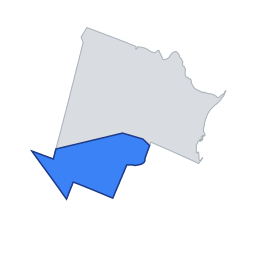 Mauritania, with Tiris Zemmour highlighted, rotated 202°
{"feature_id": "MRT-2783", "entity_name": "Tiris Zemmour", "entity_type": "Region", "adm_level": 1, "iso_a3": "MRT", "parent_name": "Mauritania", "parent_adm1": "", "projection": "albers", "projection_center": [-9.84, 24.319], "detail": "fine", "context": "in_parent", "style": "filled", "palette": "blue", "viewbox_px": 256, "rotation_deg": 202, "n_neighbors": 0, "source": "natural_earth", "source_scale": "10m", "svg_char_len": 4916}
<svg xmlns="http://www.w3.org/2000/svg" viewBox="0 0 256 256"><g transform="rotate(202 128 128)"><path d="M109.7,216.0L109.4,215.9L107.9,214.9L107.2,213.7L106.1,212.7L104.5,212.1L103.5,211.4L103.0,210.6L102.4,210.1L101.8,209.8L101.7,209.5L101.9,209.1L101.7,208.4L100.8,206.8L100.0,206.0L99.2,206.1L98.8,205.9L98.5,205.6L98.5,205.1L98.0,204.6L97.1,204.4L96.4,203.2L95.9,201.0L95.2,199.3L94.4,198.1L93.8,197.6L93.4,197.5L93.2,197.3L93.1,197.0L92.4,196.8L91.5,197.2L90.6,197.0L90.2,196.4L89.7,196.4L88.9,196.8L88.1,196.7L87.3,195.9L86.8,195.1L86.7,194.3L85.2,192.7L82.4,190.4L79.2,189.2L75.7,189.2L73.7,189.0L73.3,188.7L72.9,188.7L72.5,189.1L72.0,189.2L71.5,188.9L71.2,189.1L71.1,189.6L69.8,189.9L67.5,189.8L65.6,190.1L64.1,190.7L62.1,191.0L59.5,190.7L57.9,190.4L57.4,190.0L56.6,189.8L55.7,190.0L54.7,191.1L53.9,193.1L53.2,194.2L52.7,194.5L52.0,196.0L51.6,198.5L51.1,199.6L51.4,193.3L52.3,191.0L52.6,188.9L54.4,184.4L56.5,180.7L58.5,175.8L59.4,171.0L59.4,166.2L59.0,162.0L58.3,159.1L57.6,155.1L56.5,152.9L54.2,150.9L53.8,149.8L54.3,149.4L55.7,149.2L56.7,147.8L54.8,148.2L57.2,143.9L58.0,140.9L58.0,138.9L58.4,137.7L56.9,134.9L55.8,131.5L55.2,130.9L54.5,130.6L54.4,131.4L54.0,132.1L53.2,131.6L51.9,129.1L50.2,125.1L49.5,124.6L48.9,125.1L48.5,125.6L47.7,128.9L47.5,127.6L47.9,126.1L48.5,124.2L49.2,121.5L50.9,121.6L53.9,121.8L60.0,122.1L63.0,122.2L69.1,122.4L72.2,122.5L78.2,122.8L81.3,122.9L87.4,123.1L90.4,123.1L96.5,123.3L99.5,123.4L101.6,123.4L101.5,121.5L101.4,120.0L101.3,118.0L101.3,116.0L101.2,114.0L101.1,112.1L101.0,110.2L101.0,108.5L100.9,106.8L100.8,105.9L100.2,104.1L100.0,103.2L100.2,102.2L100.7,101.3L101.9,99.7L103.7,98.4L105.8,97.0L107.4,95.9L108.2,95.7L110.6,95.3L112.5,94.5L114.4,93.7L115.2,93.3L115.3,91.7L115.9,57.3L124.9,57.4L127.3,57.4L144.0,57.5L146.4,57.5L158.6,57.4L158.5,55.8L158.5,53.5L158.5,50.3L158.5,47.0L158.4,41.4L158.4,39.0L160.8,40.6L165.6,43.7L168.0,45.2L172.8,48.3L177.7,51.4L182.6,54.4L185.0,55.9L187.4,57.5L189.9,59.0L192.3,60.5L197.3,63.5L199.3,64.8L202.5,66.8L205.5,68.7L208.5,70.6L203.9,70.7L197.9,70.9L193.8,71.0L189.6,71.1L185.6,71.2L186.0,74.5L186.5,78.0L186.9,81.6L187.4,85.1L187.9,88.6L189.2,99.2L189.7,102.8L190.2,106.3L190.6,109.8L191.1,113.4L192.0,120.4L192.5,123.9L193.0,127.5L193.4,131.0L193.9,134.5L194.4,138.0L195.4,145.1L195.8,148.6L196.3,152.1L196.8,155.7L197.3,159.2L197.8,162.7L198.3,166.2L198.7,169.7L199.7,176.7L200.2,180.2L200.7,183.7L201.2,187.2L201.7,190.6L203.4,192.4L205.5,194.6L205.0,197.8L204.4,201.6L203.8,205.7L198.0,205.9L192.3,206.0L178.2,206.3L175.4,206.4L161.2,206.6L158.4,206.6L152.9,206.6L151.3,206.5L150.7,206.2L150.5,204.1L150.0,204.2L149.5,204.9L149.2,205.5L149.3,206.4L149.2,207.2L147.4,207.5L144.9,208.0L142.3,208.4L139.7,208.2L138.8,208.1L137.9,207.8L135.8,207.5L134.7,207.4L133.4,207.5L131.8,207.7L131.3,208.0L130.2,209.6L129.0,211.5L128.3,211.5L127.5,210.4L125.3,208.5L122.6,206.0L121.3,204.7L120.7,204.5L119.4,205.4L118.3,206.3L117.1,207.5L116.5,208.6L116.1,210.0L115.9,211.6L115.4,213.5L114.5,215.0L113.3,216.2L112.5,216.7L112.1,217.0L109.7,216.0ZM55.9,145.0L55.0,146.3L54.6,145.8L54.5,144.9L55.4,143.6L55.7,142.9L56.4,142.7L55.9,145.0Z" fill="#d9dde1" stroke="#a8b0b8" stroke-width="1"/><path d="M158.4,39.0L160.9,40.7L163.5,42.3L166.0,43.9L168.5,45.6L171.1,47.2L173.6,48.8L176.2,50.4L178.7,52.0L181.3,53.6L183.8,55.2L186.4,56.8L189.0,58.4L191.2,59.8L193.4,61.1L195.6,62.5L197.4,63.6L197.7,63.8L199.3,64.8L201.6,66.2L203.9,67.7L206.2,69.1L208.5,70.6L205.6,70.7L202.8,70.8L199.9,70.9L197.1,70.9L194.2,71.0L191.3,71.1L188.5,71.2L185.6,71.3L185.8,72.4L185.9,73.5L186.1,74.6L186.2,75.8L186.4,76.9L186.5,78.0L186.7,79.2L186.8,80.3L187.0,81.5L131.2,121.2L110.0,123.3L101.8,120.0L101.5,119.9L101.4,119.9L101.2,114.0L101.1,110.4L100.9,106.9L100.8,105.9L100.2,104.1L100.1,103.2L100.3,102.2L100.7,101.3L101.9,99.8L102.1,99.4L103.4,98.5L105.1,97.4L106.5,96.5L107.4,95.9L108.2,95.7L110.4,95.4L110.9,95.3L113.8,93.9L115.1,93.6L115.3,93.4L115.3,92.9L115.3,91.7L115.4,90.7L115.4,89.6L115.4,88.5L115.4,87.4L115.4,86.3L115.4,85.3L115.5,84.2L115.5,83.1L115.5,82.0L115.5,81.0L115.5,79.9L115.5,78.8L115.6,77.7L115.6,76.6L115.6,75.6L115.6,74.5L115.6,73.4L115.6,72.3L115.7,71.3L115.7,70.2L115.7,69.1L115.7,68.0L115.7,67.0L115.7,65.9L115.8,64.8L115.8,63.7L115.8,62.6L115.8,61.6L115.8,60.5L115.8,59.4L115.9,58.3L115.9,57.3L117.2,57.3L118.5,57.3L119.7,57.3L121.0,57.3L122.3,57.3L123.6,57.4L124.9,57.4L126.2,57.4L127.5,57.4L128.8,57.4L130.1,57.4L131.4,57.4L132.6,57.4L133.9,57.5L135.2,57.5L136.5,57.5L137.8,57.5L139.1,57.5L140.4,57.5L141.7,57.5L143.0,57.5L144.3,57.5L145.5,57.5L146.8,57.5L148.1,57.5L149.4,57.5L150.7,57.5L152.0,57.5L153.3,57.5L154.6,57.4L155.9,57.4L157.1,57.4L158.2,57.4L158.5,57.3L158.6,57.2L158.6,56.5L158.6,56.3L158.6,55.8L158.5,54.9L158.5,53.8L158.5,52.5L158.5,51.0L158.5,49.4L158.5,47.8L158.5,46.1L158.5,44.6L158.4,43.1L158.4,41.8L158.4,40.6L158.4,39.8L158.4,39.2L158.4,39.0Z" fill="#3b82f6" stroke="#1e3a8a" stroke-width="1.5"/></g></svg>